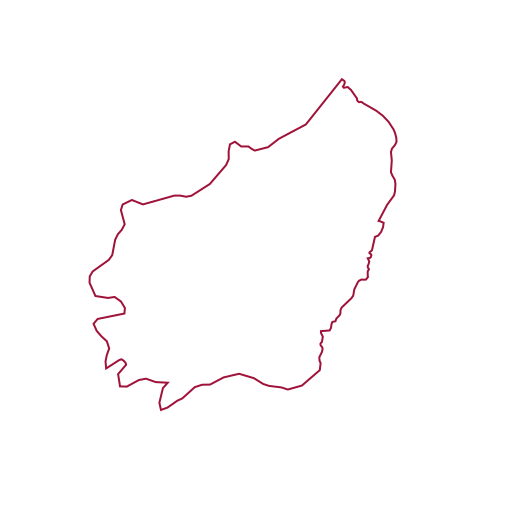 Świętokrzyskie, Natural Earth projection, rotated 318°
{"feature_id": "POL-3149", "entity_name": "Świętokrzyskie", "entity_type": "Voivodeship", "adm_level": 1, "iso_a3": "POL", "parent_name": "Poland", "parent_adm1": "", "projection": "natural_earth1", "projection_center": [20.88, 50.732], "detail": "fine", "context": "isolated", "style": "outline", "palette": "rose", "viewbox_px": 512, "rotation_deg": 318, "n_neighbors": 0, "source": "natural_earth", "source_scale": "10m", "svg_char_len": 2254}
<svg xmlns="http://www.w3.org/2000/svg" viewBox="0 0 512 512"><g transform="rotate(318 256 256)"><path d="M191.4,128.5L201.2,131.3L206.5,142.0L235.8,156.5L240.0,160.3L243.7,165.2L248.3,168.0L269.9,171.6L294.7,168.4L300.6,165.7L305.8,159.8L311.4,155.6L316.8,157.0L318.3,164.7L323.7,169.6L324.4,173.3L325.6,176.8L337.8,183.2L351.5,184.2L381.1,191.6L438.1,182.1L438.8,185.1L438.1,186.5L436.7,187.4L435.1,188.0L433.9,188.3L433.9,189.8L437.2,191.8L437.7,196.2L436.5,206.1L436.3,206.8L435.8,207.3L435.4,207.9L435.2,209.4L435.6,210.7L436.4,211.3L437.2,211.7L437.6,212.5L438.0,214.6L442.6,228.6L443.5,233.5L444.1,236.6L444.3,245.1L442.9,254.1L441.6,257.7L439.5,261.8L436.8,265.2L433.6,266.5L428.9,267.2L425.9,269.0L420.8,275.9L412.3,284.1L411.1,287.7L410.2,292.1L407.9,295.7L402.4,301.1L399.2,303.3L387.7,305.7L370.6,312.0L371.3,313.0L373.1,316.7L369.7,319.6L365.1,321.8L360.5,322.6L357.2,321.4L346.2,329.2L345.6,329.4L343.0,329.2L342.3,329.6L342.4,330.7L342.6,331.8L342.4,332.5L340.4,333.7L339.2,333.6L337.5,332.5L336.6,335.7L334.4,337.3L332.4,338.1L331.4,339.4L331.2,341.3L330.6,341.7L329.6,341.8L328.3,342.6L325.2,346.2L325.2,346.5L322.0,347.1L320.3,345.8L318.7,344.1L316.0,343.3L314.2,343.6L306.9,346.5L305.2,347.7L303.5,349.2L301.5,350.6L298.8,351.2L285.5,351.6L283.6,352.2L282.1,353.2L280.4,355.1L278.7,355.9L273.8,356.3L271.4,357.6L268.6,356.1L266.2,357.4L263.8,359.5L260.9,360.6L254.0,355.3L252.8,356.7L251.7,360.6L247.9,363.7L247.3,364.0L245.7,364.1L245.0,364.5L244.3,365.6L244.1,368.1L243.6,369.3L241.1,371.3L235.3,373.6L233.1,376.4L232.4,378.8L227.0,383.5L203.4,383.0L190.3,376.5L186.9,370.6L178.8,361.3L175.7,355.9L172.7,345.4L164.6,332.2L150.8,324.6L135.8,320.8L129.8,315.6L122.7,312.5L105.8,312.5L100.8,310.9L88.7,309.4L82.4,306.8L86.0,300.4L98.4,291.9L105.6,291.1L97.1,282.6L92.2,273.6L86.0,269.8L72.6,266.6L67.7,261.9L74.5,251.5L86.7,249.9L87.6,248.1L87.6,245.3L86.9,242.7L84.7,241.8L69.4,239.3L73.6,233.7L78.8,229.8L85.0,226.5L88.1,219.6L87.4,212.4L87.5,205.1L89.9,197.7L96.2,196.8L119.7,210.7L123.8,206.9L125.2,199.4L123.5,191.8L118.0,188.2L109.9,178.3L114.4,164.5L118.8,159.9L124.3,158.2L144.1,160.4L149.8,159.1L162.2,149.7L167.9,147.4L173.8,146.7L179.7,144.5L186.3,131.5L191.4,128.5Z" fill="none" stroke="#9f1239" stroke-width="2"/></g></svg>